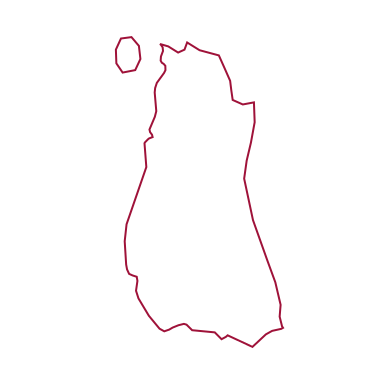 map outline of Grand'Anse (Robinson projection), rotated 263°
{"feature_id": "HTI-1359", "entity_name": "Grand'Anse", "entity_type": "Department", "adm_level": 1, "iso_a3": "HTI", "parent_name": "Haiti", "parent_adm1": "", "projection": "robinson", "projection_center": [-74.06, 18.515], "detail": "fine", "context": "isolated", "style": "outline", "palette": "rose", "viewbox_px": 384, "rotation_deg": 263, "n_neighbors": 0, "source": "natural_earth", "source_scale": "10m", "svg_char_len": 1163}
<svg xmlns="http://www.w3.org/2000/svg" viewBox="0 0 384 384"><g transform="rotate(263 192 192)"><path d="M46.1,265.8L45.3,263.9L44.4,254.6L41.7,248.0L30.9,233.1L45.4,209.9L44.1,208.0L42.3,203.4L49.9,197.5L54.8,175.3L61.0,170.4L62.1,167.9L61.4,162.3L59.8,156.3L58.2,152.6L57.1,147.5L60.3,143.1L74.4,134.1L92.9,125.9L100.8,124.4L110.4,127.0L114.6,126.8L116.4,122.9L118.4,119.6L123.1,118.1L128.0,117.8L151.3,119.2L167.9,123.1L222.3,149.7L246.2,150.8L247.1,151.5L249.8,154.9L250.4,155.9L251.3,159.6L253.7,159.3L256.5,157.7L259.2,157.4L271.2,164.3L276.6,166.4L295.3,167.1L299.7,168.1L304.6,170.4L313.6,178.8L316.2,180.5L320.5,180.9L322.6,179.5L324.0,177.8L326.2,176.9L330.3,177.7L335.5,180.4L339.2,180.5L341.7,179.2L342.8,178.3L339.4,186.2L332.1,195.2L334.2,201.9L341.0,205.4L331.8,216.8L324.3,235.3L311.0,239.4L297.7,243.4L288.1,243.4L278.4,243.6L272.7,253.1L273.4,264.4L253.6,262.7L233.8,256.5L216.5,250.1L198.9,245.4L156.7,249.1L115.0,258.4L92.2,263.7L69.2,266.2L57.6,263.8L47.7,265.0L46.1,265.8ZM319.0,137.7L328.9,132.6L342.6,133.8L353.0,140.2L353.1,150.8L343.5,157.1L330.3,157.0L319.9,150.5L319.0,137.7Z" fill="none" stroke="#9f1239" stroke-width="2"/></g></svg>